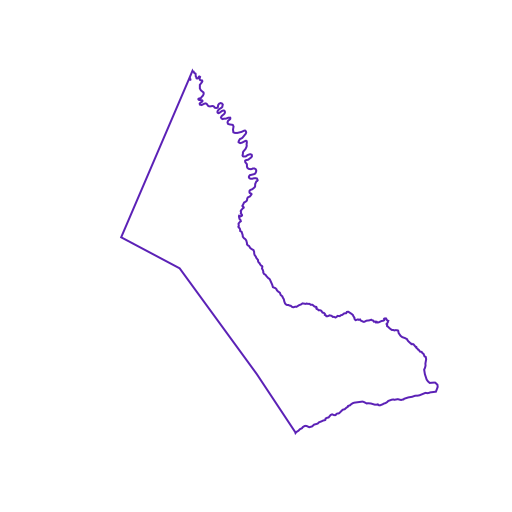 the district of Fortul, Arauca, Colombia, rotated 247°
{"feature_id": "7082276B84202288192164", "entity_name": "Fortul", "entity_type": "district", "adm_level": 2, "iso_a3": "COL", "parent_name": "Colombia", "parent_adm1": "Arauca", "projection": "robinson", "projection_center": [-71.844, 6.696], "detail": "fine", "context": "isolated", "style": "outline", "palette": "violet", "viewbox_px": 512, "rotation_deg": 247, "n_neighbors": 0, "source": "geoboundaries", "source_scale": "gbopen_adm2", "svg_char_len": 6074}
<svg xmlns="http://www.w3.org/2000/svg" viewBox="0 0 512 512"><g transform="rotate(247 256 256)"><path d="M60.8,368.6L64.5,372.1L66.6,372.7L69.4,371.5L70.1,369.9L71.3,366.3L73.4,365.3L75.6,364.8L81.3,365.3L85.7,366.4L87.1,367.9L88.8,369.2L90.8,369.9L94.5,372.3L96.7,372.8L97.8,371.9L100.3,372.0L101.8,371.2L103.0,371.0L103.9,369.6L105.8,369.2L106.3,368.7L107.2,368.4L107.6,368.5L108.6,367.8L109.9,367.5L110.0,367.7L110.4,367.3L113.1,366.5L113.4,366.3L114.0,364.8L114.5,364.9L114.9,364.3L118.0,362.9L119.6,362.5L120.3,362.6L122.2,361.1L124.2,358.9L126.0,357.9L129.3,357.2L131.8,357.7L132.5,356.9L133.3,355.3L133.4,354.3L134.2,353.5L134.9,352.1L136.9,350.9L139.7,349.7L140.1,349.3L140.6,349.3L141.5,349.9L142.4,349.6L143.3,351.3L144.1,351.8L144.6,352.4L145.4,351.7L146.6,351.3L147.6,351.4L147.9,351.0L148.3,349.8L148.1,349.3L147.2,349.2L146.8,348.9L146.7,348.0L147.1,346.1L147.0,343.0L147.3,341.9L148.2,341.5L147.8,340.7L147.9,340.4L149.0,340.2L149.4,338.9L150.7,338.7L151.3,337.9L152.3,337.2L152.5,335.0L153.3,332.4L153.1,330.1L153.4,329.2L155.8,327.1L156.9,327.0L157.1,325.6L157.8,325.1L158.0,322.6L158.4,322.4L159.8,322.1L160.7,322.5L162.6,322.1L163.6,322.2L165.3,321.4L168.6,319.2L168.9,318.4L169.0,317.7L168.1,316.7L168.7,314.7L168.1,312.5L168.3,310.8L167.9,309.6L169.0,307.6L168.5,306.6L168.3,305.2L169.6,303.9L169.9,302.9L171.4,302.2L172.5,300.7L172.7,300.4L172.5,299.6L172.7,297.8L173.1,297.2L173.9,297.2L174.9,296.3L175.9,296.8L177.2,296.2L177.9,295.1L180.1,294.7L181.2,293.6L181.5,292.5L182.9,291.9L183.6,291.1L184.4,291.1L185.0,291.7L185.6,291.6L186.6,290.1L188.9,289.0L189.2,288.7L189.7,287.3L191.0,286.6L191.7,285.0L192.5,284.0L192.4,283.2L194.2,280.3L193.8,278.5L193.9,276.5L193.4,273.4L194.0,272.4L194.2,270.4L194.9,269.4L196.7,268.5L197.3,267.4L198.2,266.8L198.8,265.4L199.8,264.6L201.0,264.2L203.1,264.3L205.3,264.7L207.4,264.4L208.5,264.5L210.5,263.5L212.9,263.6L214.6,262.5L216.3,261.8L217.3,261.9L218.8,261.3L220.7,259.4L223.3,259.7L228.6,259.6L229.8,259.4L230.7,258.7L233.5,257.7L235.0,257.4L236.3,256.4L237.2,256.3L237.9,256.2L238.6,256.6L240.7,256.8L242.1,256.6L243.7,257.7L244.3,257.7L245.3,256.9L246.8,256.5L248.0,256.5L249.0,255.9L250.6,255.9L251.4,256.3L254.3,255.5L255.5,255.6L257.5,255.1L258.9,255.3L260.6,255.9L262.4,256.0L264.2,254.6L265.7,253.8L267.9,253.5L269.2,252.5L270.5,252.3L271.2,252.7L274.1,253.1L275.8,252.7L277.0,251.9L278.9,251.4L280.5,251.9L283.9,252.2L285.2,251.2L286.5,251.7L287.8,251.8L289.1,251.2L289.7,251.2L290.0,251.3L290.3,251.9L292.5,252.5L292.8,252.8L293.7,254.6L293.9,255.6L295.1,255.8L296.6,255.3L298.9,255.7L299.7,256.2L299.4,256.7L298.5,257.2L298.5,258.4L298.8,259.0L299.7,259.2L301.0,258.6L302.4,259.5L303.2,259.4L303.7,259.8L305.1,262.7L305.1,263.3L305.5,263.7L305.9,263.7L307.1,263.0L307.7,263.2L307.9,263.7L309.9,265.9L310.0,267.3L310.3,268.7L311.1,269.7L312.2,270.3L313.1,271.3L313.2,273.7L314.4,275.8L314.7,276.1L315.2,276.0L316.4,274.9L316.9,274.8L318.0,275.2L318.6,275.6L318.9,276.2L319.0,277.1L318.9,278.7L319.8,281.6L320.5,282.4L322.6,283.4L324.5,285.4L324.6,286.4L325.0,287.1L325.9,287.2L327.0,287.1L327.9,285.8L328.4,284.3L328.6,282.6L329.2,281.3L329.9,280.5L330.7,280.2L331.2,280.2L332.0,280.6L332.8,281.9L332.1,286.1L332.2,287.5L333.5,289.0L334.8,289.7L336.1,289.6L337.3,288.6L337.8,287.3L337.7,286.1L338.0,285.0L338.9,283.5L339.7,282.9L340.7,282.5L341.8,282.6L344.1,283.5L346.5,282.8L347.8,283.1L348.1,283.6L348.1,284.4L347.7,286.4L348.7,290.3L349.5,291.3L350.9,291.6L351.9,290.6L352.1,289.7L352.2,287.6L351.7,285.7L351.8,285.0L352.6,283.2L353.0,282.9L353.9,282.9L355.2,283.9L356.4,284.4L357.1,285.1L358.6,288.1L360.0,289.7L361.0,290.5L362.6,291.0L363.8,291.8L365.3,292.3L366.0,291.8L366.1,291.2L365.8,287.4L366.1,285.5L367.5,284.4L368.0,284.6L368.7,285.2L369.6,286.4L370.0,287.2L369.9,288.3L370.1,289.6L372.6,294.4L373.5,295.2L374.6,295.4L375.6,295.1L376.0,294.2L375.9,291.1L376.6,286.8L377.6,284.6L378.7,283.5L381.3,284.2L383.9,285.9L385.4,285.9L385.8,285.8L387.6,282.9L388.5,281.9L389.9,281.9L390.9,282.6L391.5,283.4L391.9,285.1L392.2,285.8L393.0,286.3L393.4,286.3L394.1,284.6L394.2,282.0L394.9,280.2L395.1,278.7L396.1,278.0L397.3,277.9L398.3,279.2L399.1,282.0L399.6,282.9L400.6,283.7L402.0,283.7L402.5,283.3L402.7,282.7L402.8,281.3L402.1,278.4L402.1,277.3L402.8,276.7L403.5,276.7L404.3,277.2L405.1,278.4L405.6,279.7L405.9,281.9L406.4,283.2L408.4,284.6L409.6,284.3L410.6,283.2L410.6,281.6L409.8,280.2L407.9,279.0L407.6,278.5L407.7,277.5L408.3,276.3L408.8,275.9L409.8,275.8L410.7,275.1L411.1,274.5L411.6,272.3L412.1,271.3L413.1,270.5L414.9,270.2L416.1,269.4L416.4,268.1L416.2,264.9L417.3,263.5L418.3,263.7L418.6,264.2L419.2,267.0L419.9,267.4L420.4,267.2L421.6,265.0L422.2,264.3L422.9,264.2L423.2,264.5L423.2,265.2L422.9,266.8L423.1,267.4L423.7,268.2L424.4,269.9L425.7,271.2L427.0,271.6L430.0,270.0L432.2,269.8L435.5,271.2L437.1,274.1L437.8,274.9L438.6,275.0L439.6,273.4L440.3,273.2L441.5,273.4L442.7,274.5L443.1,274.3L443.4,274.0L443.4,273.6L442.5,273.0L442.3,271.7L442.4,271.1L442.8,270.7L443.9,271.0L444.7,270.7L447.5,271.6L448.7,270.7L450.1,270.6L450.5,269.8L451.2,269.8L445.5,263.9L445.3,263.9L445.3,264.5L444.9,264.3L444.3,264.7L443.9,264.5L443.9,264.3L445.2,263.6L325.9,139.2L274.5,180.9L146.9,210.6L78.5,223.3L77.6,223.2L78.2,224.4L78.6,226.9L79.4,228.7L79.5,231.0L80.2,232.2L80.5,234.2L80.3,235.2L79.7,236.2L77.6,238.1L77.2,241.0L78.1,243.6L77.7,246.4L77.7,247.6L78.3,248.9L78.2,251.7L78.3,253.6L78.0,255.1L78.0,255.7L79.2,256.6L79.3,258.4L79.0,259.7L80.5,262.6L80.5,264.2L79.0,265.7L78.5,266.8L78.5,267.2L79.2,268.4L79.2,269.4L78.8,270.4L78.8,271.1L80.6,275.7L80.3,277.8L81.0,279.8L81.4,281.8L82.0,282.2L81.8,284.3L82.2,285.0L82.7,287.4L82.6,289.1L80.4,297.1L79.6,298.1L76.9,300.4L76.8,301.4L75.3,304.2L72.7,307.3L72.0,309.0L71.9,310.1L71.5,310.4L70.9,310.4L70.1,311.7L70.0,314.7L70.2,315.8L70.0,317.7L70.3,319.7L70.9,321.1L70.7,324.7L70.3,326.3L69.6,327.1L68.8,330.6L67.1,332.8L66.7,333.6L66.6,334.9L66.3,335.7L66.7,336.6L66.3,341.0L65.4,344.7L65.2,347.9L64.3,350.2L63.9,352.1L63.8,358.5L62.7,360.3L62.4,361.9L62.4,363.0L60.8,368.6Z" fill="none" stroke="#5b21b6" stroke-width="2"/></g></svg>